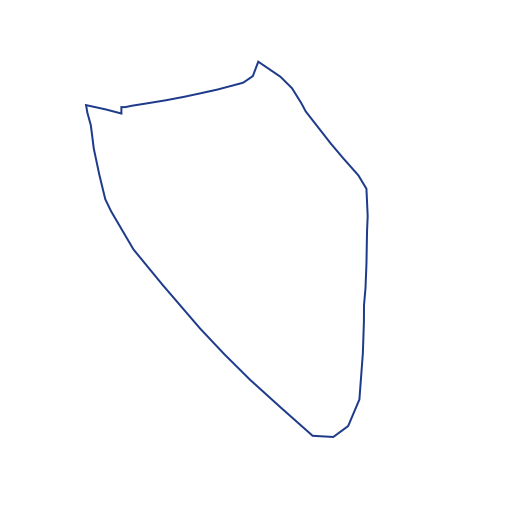 the district of Tonga, Tuvalu, rotated 342°
{"feature_id": "33948139B52868030722723", "entity_name": "Tonga", "entity_type": "district", "adm_level": 2, "iso_a3": "TUV", "parent_name": "Tuvalu", "parent_adm1": "", "projection": "equal_earth", "projection_center": [176.319, -6.294], "detail": "fine", "context": "isolated", "style": "outline", "palette": "blue", "viewbox_px": 512, "rotation_deg": 342, "n_neighbors": 0, "source": "geoboundaries", "source_scale": "gbopen_adm2", "svg_char_len": 689}
<svg xmlns="http://www.w3.org/2000/svg" viewBox="0 0 512 512"><g transform="rotate(342 256 256)"><path d="M141.0,60.0L139.9,67.6L139.3,80.7L134.9,103.8L132.1,130.4L130.2,155.4L132.0,168.7L141.5,211.9L158.1,254.3L180.5,307.9L195.6,339.8L212.0,371.7L232.9,408.1L254.3,444.5L273.6,452.0L291.1,446.2L310.0,424.4L327.5,381.7L338.2,352.2L343.5,336.2L350.2,320.4L358.9,296.8L369.2,266.9L374.5,252.7L381.8,226.2L378.3,211.0L369.1,189.9L361.7,171.7L348.0,134.0L346.3,124.6L342.1,107.6L334.7,93.2L318.2,71.9L308.6,83.9L297.4,87.2L270.9,85.8L237.8,82.5L217.4,79.9L198.6,77.0L184.8,74.8L177.5,74.0L174.0,72.8L172.0,78.9L158.3,70.1L141.0,60.0Z" fill="none" stroke="#1e3a8a" stroke-width="2"/></g></svg>